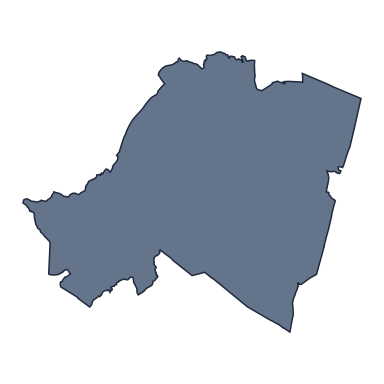 outline of Razboieni, Neamt, Romania
{"feature_id": "2599482B74190320354557", "entity_name": "Razboieni", "entity_type": "district", "adm_level": 2, "iso_a3": "ROU", "parent_name": "Romania", "parent_adm1": "Neamt", "projection": "orthographic", "projection_center": [26.546, 47.074], "detail": "fine", "context": "isolated", "style": "filled", "palette": "slate", "viewbox_px": 384, "rotation_deg": 0, "n_neighbors": 0, "source": "geoboundaries", "source_scale": "gbopen_adm2", "svg_char_len": 5866}
<svg xmlns="http://www.w3.org/2000/svg" viewBox="0 0 384 384"><path d="M316.5,274.4L324.0,247.1L324.3,246.1L324.1,245.8L324.8,242.9L325.3,241.5L326.2,237.5L328.3,230.2L331.5,216.6L331.7,214.6L333.6,206.5L335.3,200.9L334.9,200.3L331.1,197.6L330.7,197.1L330.5,196.0L329.3,195.4L328.9,194.1L329.0,193.1L328.6,192.5L328.1,192.1L327.1,192.1L326.6,192.4L326.4,191.6L326.5,190.3L328.3,181.6L328.7,178.6L328.7,177.3L328.4,175.9L328.3,174.9L328.1,174.0L327.1,172.1L326.8,170.9L327.0,170.6L327.8,171.2L328.4,171.4L331.9,171.8L333.1,171.4L334.1,171.3L335.2,171.7L337.3,173.1L338.3,173.2L339.5,173.6L340.3,172.7L340.9,171.0L340.8,170.7L339.2,170.4L338.0,167.7L338.1,167.0L340.3,166.6L340.9,167.1L341.6,167.1L342.6,167.6L343.4,165.8L345.0,161.1L345.7,158.4L348.7,149.6L349.7,147.7L354.4,127.9L361.0,98.5L334.5,87.4L326.6,83.7L302.3,73.4L302.7,77.6L302.7,82.3L300.1,82.0L289.2,81.4L285.6,81.5L283.2,81.9L283.2,82.1L284.8,82.5L284.6,83.8L278.0,81.5L277.2,81.1L276.2,81.7L275.0,82.1L272.6,82.6L272.2,82.9L272.1,83.7L271.8,84.3L261.8,90.7L257.5,89.5L256.4,88.0L255.6,84.6L254.7,81.8L254.4,79.8L254.9,77.0L255.2,76.4L254.8,73.7L254.6,70.8L254.4,64.7L254.7,60.5L251.5,60.2L246.7,61.1L245.1,56.9L243.2,56.2L242.8,55.7L242.2,55.9L241.1,56.8L241.6,57.6L243.3,62.0L243.1,62.2L242.2,62.3L242.0,61.2L241.3,60.1L240.0,59.3L239.0,59.3L238.8,59.0L238.5,58.9L238.0,59.2L237.9,59.7L236.3,59.7L235.7,59.2L234.3,56.8L232.8,56.7L232.3,56.3L230.2,56.2L229.4,57.0L229.5,57.9L228.9,58.0L228.8,57.4L228.2,56.9L227.9,55.2L227.1,54.8L225.8,54.7L225.0,53.6L224.7,53.4L224.2,53.4L223.7,53.5L223.4,53.1L222.4,52.7L220.4,51.9L219.7,51.9L219.4,52.1L217.4,52.3L216.7,52.6L214.4,54.4L209.7,55.5L207.4,55.1L206.6,55.5L206.6,56.2L206.3,56.8L206.8,59.2L205.2,59.9L205.4,61.1L204.3,61.1L204.4,62.5L204.0,62.8L204.0,64.0L203.5,64.4L204.1,66.7L203.6,68.1L202.8,68.6L201.7,68.8L199.8,66.7L199.0,66.3L198.2,65.2L197.5,64.5L194.7,63.6L193.9,63.6L191.7,62.5L188.6,61.8L187.4,60.8L182.9,61.3L181.0,60.1L180.4,59.6L179.4,58.2L179.2,58.1L178.6,58.8L178.0,60.7L178.0,61.3L177.8,61.8L176.5,61.9L173.2,64.3L170.4,65.2L169.6,65.2L166.4,65.9L165.3,66.3L163.2,67.6L161.3,69.3L159.0,72.3L158.3,75.1L159.5,76.3L160.3,77.6L160.4,78.2L164.7,84.0L162.7,85.6L158.5,90.4L158.0,91.2L157.1,94.2L152.6,96.7L150.6,98.3L149.2,99.9L145.9,103.9L142.7,108.5L140.5,111.1L136.0,115.9L132.6,119.9L131.9,121.1L129.7,124.7L127.8,128.5L126.5,131.4L125.2,134.9L124.1,137.0L122.4,141.8L119.3,151.9L119.1,152.4L117.7,153.8L116.6,155.5L117.9,156.4L117.6,159.8L115.3,163.0L113.2,165.4L112.7,166.3L112.5,167.3L112.7,167.9L110.1,172.2L108.3,169.9L107.3,169.3L106.1,169.0L105.5,169.6L103.9,171.7L103.0,173.6L102.6,173.9L102.0,173.9L102.0,173.2L101.8,173.0L100.8,174.1L100.5,174.7L100.6,175.1L100.3,175.2L99.3,174.4L97.7,175.0L96.8,174.9L96.5,176.2L96.5,177.2L93.8,179.0L92.4,179.6L91.7,179.7L90.6,180.5L88.9,181.2L87.9,182.8L87.7,183.7L86.0,185.7L85.6,187.1L85.2,190.1L85.0,190.8L83.1,191.6L81.0,192.7L79.3,194.1L78.3,194.6L77.5,194.4L76.7,193.8L75.0,193.2L74.1,193.2L72.5,193.4L70.2,194.6L68.2,197.1L64.8,196.3L63.6,196.3L61.7,194.6L59.2,193.4L55.4,192.4L54.0,191.8L53.8,192.1L53.4,193.4L52.7,193.9L52.2,194.8L51.5,196.7L49.7,198.5L48.5,199.2L47.2,200.2L46.7,201.0L44.8,201.3L41.6,200.3L40.9,200.4L40.8,200.9L37.0,202.0L36.0,202.1L34.8,201.6L31.4,201.2L28.3,199.3L26.6,198.8L24.0,199.6L23.5,200.7L23.0,203.0L26.4,205.3L27.4,207.1L28.9,208.4L29.4,209.9L29.9,210.7L29.9,211.2L31.0,211.0L31.3,211.6L32.0,212.1L33.4,212.2L34.0,213.1L34.3,215.0L34.5,218.2L35.8,224.2L36.9,226.0L37.2,227.3L38.1,228.6L39.9,229.5L40.5,231.9L43.4,234.6L44.4,236.1L48.0,239.9L49.3,241.0L50.1,243.2L48.7,273.8L49.2,274.4L50.0,274.7L51.8,274.8L52.5,275.0L53.0,274.8L53.7,275.0L55.7,274.9L56.8,274.6L58.5,274.6L60.1,273.4L60.8,273.4L61.0,272.9L61.6,272.8L62.3,272.2L63.0,272.0L63.4,271.6L63.2,271.3L64.5,270.3L66.2,269.9L66.5,269.4L67.9,270.1L69.3,272.6L70.5,273.9L66.8,276.7L65.6,276.9L64.6,277.4L61.8,281.8L60.7,281.8L60.1,284.3L60.9,287.0L77.7,297.4L78.0,298.4L89.7,307.0L91.3,305.2L91.8,304.2L92.4,301.9L93.2,300.3L97.6,297.1L98.6,296.1L99.7,296.7L100.4,295.9L101.2,295.2L101.3,294.4L101.8,294.4L101.8,293.8L102.4,292.6L103.2,291.7L104.7,290.7L105.5,290.5L107.3,290.4L107.4,290.5L108.1,290.6L108.3,290.5L108.2,290.0L108.4,290.0L109.4,290.3L109.7,291.7L110.0,292.3L110.3,291.3L111.0,290.8L111.7,290.5L111.8,290.0L112.3,289.5L112.2,289.0L111.9,288.7L111.4,288.9L111.1,288.4L111.2,287.0L111.9,287.0L113.3,286.1L114.2,286.2L115.3,284.7L116.6,284.5L116.5,283.1L117.1,282.5L118.1,282.3L119.3,280.8L119.7,281.0L120.6,280.3L121.6,280.1L122.9,279.3L124.2,279.0L125.4,279.5L127.4,279.8L127.8,279.8L129.3,278.3L129.7,278.1L130.1,277.5L130.4,277.3L131.4,277.1L132.2,277.1L133.0,277.8L133.4,278.9L133.7,282.6L134.3,283.4L136.5,287.8L137.0,289.9L137.0,292.3L137.6,293.9L138.2,294.9L139.9,293.9L139.8,293.7L140.9,293.3L143.2,291.8L143.6,291.4L143.5,291.2L144.1,291.1L146.0,288.8L146.9,288.1L151.0,285.8L151.7,285.2L151.9,285.2L152.7,283.5L152.7,283.1L152.9,282.6L153.0,281.3L154.6,280.6L157.6,277.0L157.8,276.5L156.7,275.5L157.1,275.1L156.2,274.1L156.1,272.5L155.7,272.3L155.6,271.6L155.0,270.1L154.9,269.2L155.6,268.7L155.7,267.8L156.2,267.6L156.2,267.3L153.9,264.1L154.2,263.0L154.2,261.9L153.7,261.0L154.2,258.2L154.4,257.5L155.8,255.7L156.9,255.7L158.4,254.6L159.6,253.2L159.8,252.5L159.9,251.8L159.3,251.0L160.2,249.9L163.8,252.8L170.4,257.7L172.4,259.6L172.7,260.2L192.1,275.6L204.8,272.3L211.7,278.0L212.0,278.3L212.4,278.3L214.3,279.6L216.8,281.8L219.2,283.6L247.5,306.9L269.9,319.9L272.9,321.4L277.6,324.0L277.7,323.9L278.0,324.0L283.4,328.1L283.6,327.8L289.8,332.1L290.1,331.3L292.3,318.9L292.9,316.5L293.4,313.3L293.2,313.0L293.0,307.7L292.5,303.7L292.8,301.4L293.7,298.1L295.1,294.7L295.5,293.1L297.3,289.0L297.7,286.9L298.4,286.3L298.3,285.8L297.6,283.7L298.2,282.8L299.4,284.3L300.4,284.5L301.3,284.4L309.5,278.3L316.5,274.4Z" fill="#64748b" stroke="#1e293b" stroke-width="1.5"/></svg>